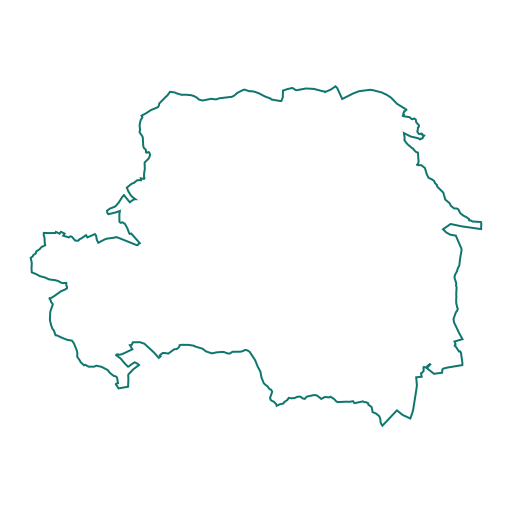 Hoparta, Alba, Romania (Natural Earth projection)
{"feature_id": "2599482B78204466133133", "entity_name": "Hoparta", "entity_type": "district", "adm_level": 2, "iso_a3": "ROU", "parent_name": "Romania", "parent_adm1": "Alba", "projection": "natural_earth1", "projection_center": [23.904, 46.328], "detail": "fine", "context": "isolated", "style": "outline", "palette": "teal", "viewbox_px": 512, "rotation_deg": 0, "n_neighbors": 0, "source": "geoboundaries", "source_scale": "gbopen_adm2", "svg_char_len": 5995}
<svg xmlns="http://www.w3.org/2000/svg" viewBox="0 0 512 512"><path d="M456.4,296.4L456.2,294.3L456.6,287.3L456.0,285.5L456.3,283.7L455.4,280.4L454.6,278.3L454.6,276.0L455.0,275.4L455.1,274.7L456.9,271.4L458.0,267.9L459.3,265.5L460.1,258.6L461.6,250.0L461.4,248.6L455.8,235.6L450.3,234.7L446.2,232.4L443.0,229.3L450.6,224.0L461.5,226.3L481.1,229.1L481.3,223.6L480.9,222.0L472.4,221.5L471.4,220.7L469.1,220.3L469.0,219.0L466.2,217.0L463.6,215.8L460.3,213.3L458.4,209.4L456.7,208.5L454.0,208.4L450.9,205.8L449.5,203.1L445.2,199.5L443.3,192.6L437.7,187.1L437.0,185.9L436.9,184.9L435.2,183.3L433.9,180.8L432.1,179.5L428.6,177.8L426.9,174.6L424.9,168.0L421.3,165.2L417.4,165.1L417.1,164.8L418.3,163.0L418.6,161.6L417.9,152.6L416.1,152.0L413.7,149.7L413.3,148.7L412.2,148.2L407.9,144.6L405.7,142.1L404.4,140.0L404.6,137.7L403.9,133.1L410.9,136.6L417.2,138.0L418.8,138.5L419.6,139.3L420.5,139.3L421.1,138.5L422.0,138.5L422.8,137.9L423.0,136.8L423.8,136.1L424.2,135.5L422.2,134.8L422.2,134.0L421.6,133.5L420.0,134.0L419.0,134.0L418.5,133.6L417.9,132.4L417.3,131.8L417.9,128.8L417.9,127.7L418.9,126.7L418.9,125.2L416.4,122.5L416.1,121.7L415.9,120.0L415.6,119.4L414.1,118.5L412.5,119.2L411.2,118.7L409.6,117.2L403.4,116.2L402.7,115.8L402.9,115.3L403.9,114.6L403.3,113.4L404.2,111.9L404.2,111.3L404.7,111.3L406.4,109.8L406.2,109.5L397.0,103.8L391.1,97.7L386.9,94.9L381.6,92.4L372.6,90.1L370.1,89.8L359.0,91.2L352.7,93.7L342.2,99.0L337.3,88.2L335.5,86.3L331.1,89.4L325.0,92.1L324.6,91.4L322.9,91.3L313.9,88.9L305.8,88.5L296.6,90.2L295.8,90.1L292.8,88.2L292.1,88.0L287.4,89.1L283.0,90.6L282.8,97.3L281.3,101.0L280.7,101.1L271.4,99.5L270.5,98.5L265.0,96.5L258.5,93.1L253.3,91.4L248.8,91.1L244.5,89.6L242.8,90.1L237.3,92.9L234.4,95.5L231.9,96.8L219.8,98.2L216.0,99.4L211.0,98.8L202.7,100.5L199.0,99.6L196.8,97.6L193.8,96.0L191.2,95.2L185.7,94.7L181.6,94.8L178.0,93.8L174.4,92.4L170.0,91.8L167.2,95.7L166.3,96.3L159.5,103.2L159.2,103.7L158.8,105.8L158.0,107.1L150.7,110.2L146.0,113.3L141.5,115.7L142.4,117.2L141.8,118.4L140.8,119.8L139.9,123.2L139.6,125.9L140.1,129.9L139.7,131.1L139.7,132.5L142.4,136.3L142.8,137.7L143.2,145.4L143.5,146.9L144.0,148.1L145.1,149.0L146.0,150.3L146.0,152.2L146.4,152.6L147.0,152.7L148.3,152.1L148.9,152.2L149.6,153.2L150.1,155.1L148.8,158.4L144.8,162.3L144.6,163.1L144.8,169.3L144.1,173.2L144.0,176.9L144.5,177.9L144.2,178.8L143.1,178.8L140.8,178.3L141.0,180.2L137.8,180.2L136.8,180.5L133.8,183.0L132.3,183.4L130.4,184.7L126.8,187.7L128.4,191.4L130.8,195.3L132.4,197.0L135.3,199.2L134.5,199.2L132.7,200.1L129.8,202.3L123.9,195.1L122.3,196.9L118.5,202.9L115.8,205.9L114.6,206.8L109.9,208.6L107.0,210.8L107.3,212.7L108.3,214.2L115.1,212.6L119.9,211.0L119.4,213.5L119.4,221.6L119.9,222.3L120.8,222.8L122.5,222.3L124.9,223.9L127.2,228.0L129.1,233.0L129.8,234.0L131.2,233.5L139.8,243.2L138.5,243.9L137.7,245.1L136.6,245.1L118.2,237.7L116.1,237.1L114.7,237.6L106.7,238.7L104.3,239.6L98.3,242.8L96.8,239.8L96.1,235.7L94.9,234.1L87.4,237.4L86.0,235.2L81.3,238.4L79.4,239.3L78.4,240.7L76.1,240.7L75.1,240.5L72.0,236.9L71.0,236.4L69.8,236.6L68.9,237.4L63.2,235.7L64.6,233.6L61.0,231.8L59.6,233.7L55.9,231.9L55.3,233.0L48.3,233.1L43.8,232.9L43.7,235.0L44.5,237.7L44.7,242.5L45.2,245.2L41.4,247.1L39.8,249.0L36.3,251.5L35.9,252.1L35.9,253.0L35.7,253.5L33.5,254.9L32.5,256.6L30.7,257.9L31.8,263.0L31.5,268.7L31.8,272.4L36.4,274.2L39.7,276.1L45.0,277.5L49.1,279.4L55.2,280.2L58.1,281.0L61.4,282.8L63.4,283.1L66.2,282.9L66.2,284.7L67.1,287.3L66.9,288.4L64.5,289.8L61.2,291.1L53.5,296.6L50.7,298.1L49.6,298.2L49.5,298.6L50.8,300.6L51.0,301.9L52.6,303.8L52.8,304.4L50.5,311.0L50.2,312.8L49.9,319.6L50.2,321.5L51.2,325.4L52.5,328.9L53.8,330.4L55.6,335.3L57.0,335.4L62.0,337.8L67.5,339.9L71.9,340.6L73.9,343.3L76.9,350.8L77.3,352.7L77.2,356.7L79.8,360.5L80.6,362.1L84.0,365.3L85.2,364.8L88.7,366.7L94.1,366.7L96.2,365.7L101.5,366.8L107.8,370.1L109.6,372.6L111.4,374.1L113.9,376.0L115.0,376.1L116.5,376.9L117.1,377.8L118.0,383.2L116.3,383.6L115.9,384.1L116.3,385.0L118.6,388.4L128.1,386.7L128.4,378.5L128.2,375.8L128.4,374.4L133.3,369.3L139.0,365.0L137.8,363.9L134.7,362.3L131.8,364.1L128.6,366.6L128.0,366.7L124.1,362.7L120.8,358.7L116.2,355.2L116.4,354.6L117.0,354.3L119.6,354.7L122.0,354.2L132.4,349.3L129.9,345.2L131.7,344.8L132.9,342.3L139.9,342.2L144.4,343.7L154.2,352.7L158.7,357.9L160.6,356.4L159.8,355.3L162.7,353.0L165.5,353.1L168.3,353.6L174.2,349.3L176.5,349.1L178.2,348.0L179.3,346.6L179.6,345.2L181.4,344.8L188.7,344.9L194.2,345.8L194.6,346.3L202.5,348.7L206.0,351.4L211.6,353.3L213.5,353.1L216.1,352.4L222.2,351.9L224.2,352.1L227.6,353.4L229.2,353.6L230.4,353.2L232.4,351.8L240.4,351.7L242.8,351.1L244.9,350.0L246.5,350.1L247.8,350.6L249.7,351.9L255.2,360.3L257.8,366.9L260.4,371.6L261.5,377.6L263.7,383.0L264.5,384.0L267.7,386.5L269.0,388.5L269.9,389.3L271.1,389.7L272.2,391.7L270.0,398.0L270.8,400.0L272.1,401.0L273.9,401.7L276.2,404.2L276.7,405.8L279.8,404.3L283.4,403.5L284.0,402.3L287.5,399.8L288.7,397.9L291.1,398.3L294.5,398.1L297.2,396.8L299.1,396.6L300.9,396.9L302.4,398.3L304.7,398.9L306.5,396.9L307.3,396.5L313.7,395.1L316.0,395.2L316.9,395.5L319.6,397.5L321.2,398.9L324.8,397.0L329.2,397.4L330.4,396.7L334.1,399.0L336.3,401.4L337.5,402.1L345.6,401.7L349.5,401.8L353.0,401.2L354.4,403.1L354.9,403.1L362.8,401.4L364.5,402.2L366.1,402.2L368.2,403.3L368.4,404.8L370.7,406.3L371.7,407.3L372.6,412.1L376.0,413.5L379.2,416.2L380.2,418.4L380.7,422.6L381.2,423.8L382.4,425.7L396.9,410.4L402.7,415.0L410.3,418.5L412.5,412.3L413.2,409.5L416.4,389.3L416.9,385.3L416.2,377.3L421.7,376.7L421.0,373.3L421.8,372.9L423.6,371.1L423.5,367.4L423.8,367.0L425.9,367.5L429.7,364.1L430.2,364.5L426.8,368.1L434.0,373.8L442.1,372.7L442.4,369.5L443.2,368.6L447.7,367.5L462.3,365.1L462.4,362.7L460.9,352.5L459.9,351.3L459.0,351.5L456.1,347.1L454.7,345.7L454.9,345.0L455.5,344.7L455.3,343.3L454.5,341.5L462.5,339.2L459.1,333.0L454.0,322.3L453.5,319.1L455.4,313.6L456.2,311.8L457.1,310.9L457.8,308.6L457.2,307.4L456.2,302.9L456.2,298.6L456.4,296.4Z" fill="none" stroke="#0f766e" stroke-width="2"/></svg>